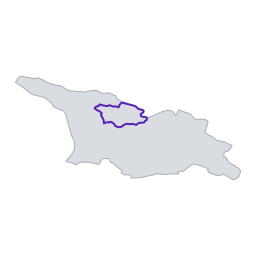 Racha-Lechkhumi-Kvemo Svaneti on a map of Georgia (Robinson projection)
{"feature_id": "GEO-3035", "entity_name": "Racha-Lechkhumi-Kvemo Svaneti", "entity_type": "Region", "adm_level": 1, "iso_a3": "GEO", "parent_name": "Georgia", "parent_adm1": "", "projection": "robinson", "projection_center": [43.138, 42.637], "detail": "fine", "context": "in_parent", "style": "outline", "palette": "violet", "viewbox_px": 256, "rotation_deg": 0, "n_neighbors": 0, "source": "natural_earth", "source_scale": "10m", "svg_char_len": 3024}
<svg xmlns="http://www.w3.org/2000/svg" viewBox="0 0 256 256"><path d="M131.2,178.2L131.3,177.4L131.0,176.2L130.0,175.3L128.5,174.8L125.8,175.0L123.3,174.4L121.5,172.9L121.1,171.7L122.2,170.7L121.4,169.9L118.3,168.0L113.2,163.3L110.3,162.3L109.2,159.3L108.1,158.7L105.6,158.4L103.1,158.7L102.5,159.0L101.7,159.5L99.7,163.2L98.3,164.4L94.9,163.8L92.0,163.0L89.7,162.5L85.2,162.2L80.0,162.1L76.6,164.7L75.1,164.4L72.5,163.1L68.2,162.1L66.0,161.2L72.5,153.4L74.5,148.8L74.6,146.0L74.7,142.5L71.4,135.2L68.5,124.8L65.6,114.0L63.3,110.7L53.6,107.0L51.4,102.7L43.9,97.2L33.5,94.8L31.4,93.8L22.4,86.9L15.4,82.5L16.9,79.8L19.0,77.0L21.2,76.3L27.6,77.4L33.5,78.7L37.8,77.8L42.9,80.0L47.6,82.5L52.3,84.4L61.5,86.1L64.9,88.4L68.9,90.8L84.6,92.0L85.9,91.6L87.0,91.3L92.3,90.4L97.0,90.6L101.9,93.4L105.0,93.3L108.4,92.8L112.7,94.4L116.1,96.1L116.4,97.8L119.4,100.3L128.1,104.1L135.1,106.3L137.3,107.8L142.7,110.3L143.2,111.1L143.1,112.1L141.6,114.0L141.2,115.7L141.9,116.7L144.1,117.6L148.6,117.8L150.1,116.6L153.4,115.7L156.7,114.2L161.0,112.1L166.9,110.3L169.3,110.3L171.6,110.8L173.2,111.9L175.9,115.7L178.5,110.3L179.2,109.9L181.6,111.0L185.9,112.5L188.9,113.3L190.6,114.4L195.2,119.3L202.5,119.1L205.6,119.8L207.3,120.6L208.1,121.6L206.8,126.5L205.1,131.5L205.2,132.8L208.2,134.7L212.2,136.7L214.4,138.3L215.9,139.8L219.1,140.9L222.9,141.6L224.7,141.7L226.5,142.9L231.4,145.2L232.1,145.8L231.3,147.2L229.4,149.9L227.8,151.3L226.1,151.5L224.5,152.1L223.9,153.6L223.8,155.4L224.1,156.8L224.6,157.3L226.3,157.7L228.1,161.6L230.8,163.6L235.0,165.9L238.8,168.4L240.6,170.8L240.3,172.5L239.2,176.0L236.1,179.0L233.5,179.7L232.6,179.5L230.9,178.5L227.4,176.2L223.7,174.4L220.9,175.0L219.0,175.7L215.3,174.9L210.9,173.4L208.6,171.8L207.6,170.7L208.2,168.7L198.3,165.0L193.5,164.0L191.3,165.1L184.1,170.6L183.2,171.2L177.7,171.9L177.7,172.3L178.9,173.5L178.7,173.9L169.3,174.0L166.2,174.7L157.9,173.8L155.2,174.2L152.8,175.1L147.1,176.1L143.2,177.2L138.2,177.8L133.0,177.9L131.2,178.2Z" fill="#d9dde1" stroke="#a8b0b8" stroke-width="1"/><path d="M129.3,104.5L132.5,105.3L133.8,105.6L136.1,106.7L136.6,107.1L138.0,108.6L138.6,109.0L141.8,109.7L142.7,110.1L143.3,110.3L143.6,111.6L142.9,112.6L141.7,113.3L140.8,114.2L140.7,115.4L141.6,116.5L143.1,116.8L144.8,116.9L146.1,117.3L146.9,117.8L146.7,119.9L144.9,121.1L144.2,122.3L143.6,122.6L138.9,122.9L136.1,124.9L135.4,124.7L133.3,123.9L129.8,124.2L126.3,123.8L123.1,125.4L121.9,126.5L120.5,127.0L118.1,127.2L116.5,126.4L115.7,126.2L114.9,125.6L114.5,124.3L112.8,122.9L110.9,121.8L110.1,121.8L109.3,122.5L108.5,122.4L107.6,122.1L104.0,123.2L104.0,122.3L103.7,121.6L103.7,120.5L103.4,119.6L100.9,114.9L101.8,113.2L100.3,111.8L96.5,109.8L94.7,108.4L95.5,107.0L96.6,106.4L97.8,106.3L98.2,106.2L98.6,106.0L98.9,105.2L99.4,104.5L100.2,104.5L101.0,104.9L105.8,106.0L107.7,106.0L108.7,105.7L109.1,105.3L109.5,105.1L113.1,106.6L115.6,106.3L117.7,107.1L118.6,107.2L119.2,106.4L119.3,105.1L120.0,104.4L121.2,103.0L122.3,102.6L122.9,102.9L129.3,104.5Z" fill="none" stroke="#5b21b6" stroke-width="2"/></svg>